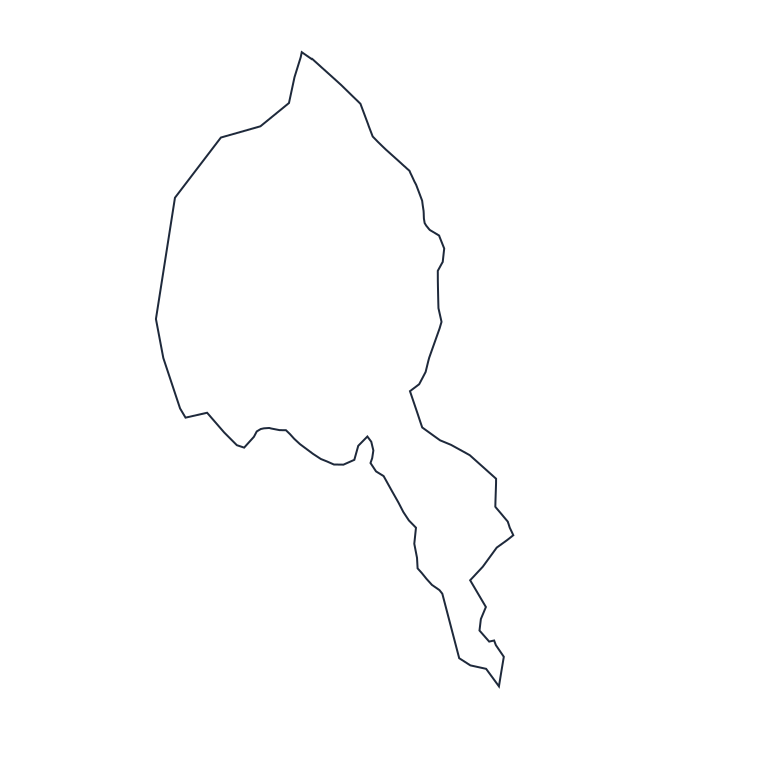 outline of Tendalti, White Nile, Sudan, rotated 138°
{"feature_id": "16777658B96741566185688", "entity_name": "Tendalti", "entity_type": "district", "adm_level": 2, "iso_a3": "SDN", "parent_name": "Sudan", "parent_adm1": "White Nile", "projection": "natural_earth1", "projection_center": [31.956, 13.119], "detail": "fine", "context": "isolated", "style": "outline", "palette": "slate", "viewbox_px": 768, "rotation_deg": 138, "n_neighbors": 0, "source": "geoboundaries", "source_scale": "gbopen_adm2", "svg_char_len": 2336}
<svg xmlns="http://www.w3.org/2000/svg" viewBox="0 0 768 768"><g transform="rotate(138 384 384)"><path d="M220.3,673.8L223.1,685.6L227.2,682.6L245.2,671.9L266.6,656.4L303.4,658.2L340.3,676.3L406.7,663.8L414.7,662.3L510.0,584.9L530.6,551.0L551.9,502.3L554.0,491.8L534.7,481.0L535.2,454.9L534.3,437.0L530.5,430.3L516.0,431.8L510.3,433.9L505.7,433.0L502.9,431.4L498.7,428.1L497.6,426.4L492.4,419.5L487.8,415.3L487.4,409.6L487.4,403.4L486.7,395.6L483.5,379.6L481.1,370.5L478.3,364.8L475.1,357.7L468.1,351.2L456.8,347.5L444.5,355.3L431.5,356.1L432.1,349.6L436.4,341.7L442.4,336.8L446.9,334.3L448.4,324.4L445.9,315.8L449.7,299.3L452.6,286.2L455.3,275.9L456.8,266.0L456.4,255.8L462.4,250.4L468.4,245.0L475.8,232.7L482.4,224.5L482.4,218.3L482.8,210.9L482.8,202.6L480.7,193.7L481.0,189.1L511.6,129.9L508.1,117.1L498.7,104.0L500.9,82.4L489.7,91.4L477.5,101.1L475.6,115.1L473.8,119.7L478.2,122.2L478.0,136.9L469.3,144.5L457.5,150.1L451.3,180.5L432.9,182.1L409.7,187.0L396.8,185.6L389.1,185.1L387.9,189.0L386.7,193.1L385.1,196.6L384.5,198.1L384.4,198.2L384.1,198.9L383.9,205.0L383.8,207.3L383.6,213.5L383.5,217.2L383.4,218.3L379.8,222.1L367.2,235.2L364.1,238.6L365.1,247.9L367.8,272.8L367.9,273.7L369.4,278.1L374.9,293.9L377.7,299.8L380.0,304.6L381.5,311.4L384.5,325.3L384.7,326.1L382.6,331.0L382.3,331.7L378.7,339.9L369.5,361.3L358.0,360.3L353.1,362.1L351.7,362.6L345.0,365.1L335.6,371.5L332.8,373.3L305.5,388.1L299.8,391.6L299.6,391.8L292.8,403.9L288.8,408.6L278.9,420.1L275.0,424.6L268.3,432.1L260.3,434.9L258.7,435.4L248.6,444.4L244.2,456.3L243.8,457.2L243.7,457.4L246.5,466.5L246.8,467.5L246.9,467.9L246.9,469.1L246.7,472.6L246.7,473.2L246.4,474.8L246.2,475.9L246.1,476.4L244.5,478.9L243.6,480.3L241.1,483.3L240.4,484.1L239.3,485.5L238.8,486.1L235.5,491.1L233.0,494.7L230.1,502.1L226.8,510.6L225.9,514.2L224.0,520.3L223.6,521.7L223.3,522.8L222.4,525.4L222.5,526.1L222.5,526.4L222.8,528.6L223.0,531.2L223.2,532.5L223.3,533.7L223.5,535.4L223.5,536.0L223.6,536.7L225.0,549.9L225.7,556.4L225.8,557.6L226.1,561.6L226.5,567.6L226.8,575.5L222.7,586.1L222.0,587.7L221.3,589.5L214.0,608.0L214.7,618.2L214.8,619.7L215.5,630.6L215.8,635.2L216.0,637.0L216.3,640.1L217.5,651.5L218.5,660.8L219.4,669.6L219.5,670.3L219.6,671.7L219.6,671.9L219.7,672.4L219.7,672.7L219.9,673.8L220.3,673.8L220.3,673.8Z" fill="none" stroke="#1e293b" stroke-width="2"/></g></svg>